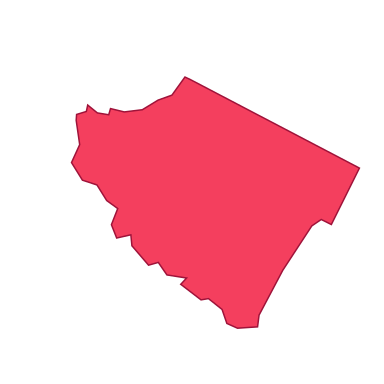 Gilchrist, Florida, United States of America (Robinson projection), rotated 298°
{"feature_id": "52423323B24171754221857", "entity_name": "Gilchrist", "entity_type": "district", "adm_level": 2, "iso_a3": "USA", "parent_name": "United States of America", "parent_adm1": "Florida", "projection": "robinson", "projection_center": [-82.847, 29.749], "detail": "fine", "context": "isolated", "style": "filled", "palette": "rose", "viewbox_px": 384, "rotation_deg": 298, "n_neighbors": 0, "source": "geoboundaries", "source_scale": "gbopen_adm2", "svg_char_len": 649}
<svg xmlns="http://www.w3.org/2000/svg" viewBox="0 0 384 384"><g transform="rotate(298 192 192)"><path d="M151.0,89.7L153.6,104.8L144.4,120.7L142.5,134.2L125.3,136.2L116.0,147.1L125.5,158.1L116.3,164.2L107.0,188.0L114.0,195.3L107.0,208.8L113.5,227.6L105.2,225.4L101.0,250.6L105.6,256.6L102.4,273.7L92.3,284.5L93.1,296.1L103.7,313.2L114.8,309.0L165.6,308.9L218.3,313.7L228.4,319.0L228.7,330.3L291.7,328.6L290.5,138.0L290.2,131.8L268.1,128.8L257.2,118.9L241.3,109.5L230.9,94.6L227.4,80.9L221.1,82.2L217.4,71.3L219.8,59.1L213.5,60.9L206.3,53.7L200.9,56.1L181.1,70.6L161.4,71.8L151.0,89.7Z" fill="#f43f5e" stroke="#9f1239" stroke-width="1.5"/></g></svg>